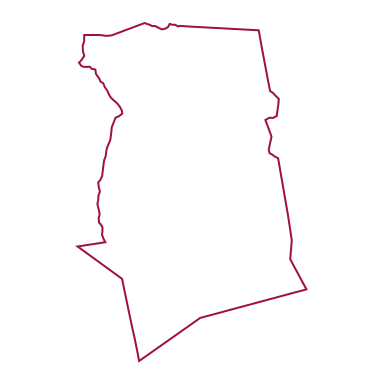 outline of Rio do Antônio, Bahia, Brazil
{"feature_id": "56859067B81467774065144", "entity_name": "Rio do Antônio", "entity_type": "district", "adm_level": 2, "iso_a3": "BRA", "parent_name": "Brazil", "parent_adm1": "Bahia", "projection": "equal_earth", "projection_center": [-42.128, -14.325], "detail": "fine", "context": "isolated", "style": "outline", "palette": "rose", "viewbox_px": 384, "rotation_deg": 0, "n_neighbors": 0, "source": "geoboundaries", "source_scale": "gbopen_adm2", "svg_char_len": 1564}
<svg xmlns="http://www.w3.org/2000/svg" viewBox="0 0 384 384"><path d="M258.7,30.3L186.7,26.4L183.6,26.1L180.6,25.9L177.8,26.3L175.0,24.7L172.6,24.8L169.7,23.9L168.2,26.8L165.7,28.5L162.0,29.4L158.3,27.7L155.2,26.0L152.3,26.1L149.4,24.7L147.1,24.0L144.7,23.0L111.8,35.3L107.5,35.8L104.6,35.7L102.2,35.3L99.4,35.0L96.1,35.0L91.0,35.0L87.4,35.0L84.3,35.0L84.1,41.6L82.7,45.4L82.8,49.0L83.2,52.3L84.3,55.9L81.4,60.1L79.0,62.8L81.6,66.1L84.1,66.9L87.0,66.9L89.8,66.7L91.7,68.8L95.3,69.5L96.0,74.0L99.1,78.3L100.6,81.7L103.3,83.3L104.7,87.0L107.3,90.7L109.2,94.9L111.0,97.8L114.1,100.7L117.1,103.3L119.7,106.6L121.8,110.4L122.3,113.6L118.8,116.3L115.5,117.7L113.5,122.9L111.8,127.1L111.4,131.2L110.8,136.4L110.2,140.3L108.7,143.7L106.8,148.5L106.2,151.9L105.7,156.2L104.2,160.1L103.7,163.3L103.1,168.0L102.6,172.1L102.1,176.2L100.3,180.0L98.2,182.5L98.7,186.8L99.9,191.8L98.4,195.6L98.3,199.2L97.4,204.2L98.9,210.2L99.7,214.2L98.7,218.0L99.0,222.5L101.3,225.1L102.5,227.6L102.4,231.5L102.0,234.8L103.4,238.5L105.3,242.2L77.6,246.5L122.1,278.9L123.0,283.4L128.3,309.0L132.4,328.5L133.1,331.4L134.0,335.3L137.3,351.3L139.1,361.0L193.6,322.6L200.2,317.9L247.8,305.1L293.1,292.9L304.3,290.0L306.4,289.3L292.7,263.8L290.2,259.1L291.8,240.3L288.0,215.3L278.1,158.2L275.1,156.7L272.2,154.6L269.6,153.2L268.7,149.8L269.5,145.9L270.6,140.9L271.5,136.7L270.6,134.0L265.4,120.0L269.4,117.7L272.8,118.0L276.7,116.0L278.3,104.7L278.8,98.9L275.7,95.9L273.0,92.9L270.1,91.1L267.7,78.9L266.0,69.8L261.8,47.6L259.5,34.6L258.7,30.3Z" fill="none" stroke="#9f1239" stroke-width="2"/></svg>